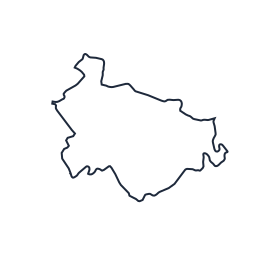 an SVG outline of Idlib, rotated 322°
{"feature_id": "SYR-140", "entity_name": "Idlib", "entity_type": "Province", "adm_level": 1, "iso_a3": "SYR", "parent_name": "Syria", "parent_adm1": "", "projection": "robinson", "projection_center": [36.748, 35.825], "detail": "fine", "context": "isolated", "style": "outline", "palette": "slate", "viewbox_px": 256, "rotation_deg": 322, "n_neighbors": 0, "source": "natural_earth", "source_scale": "10m", "svg_char_len": 3709}
<svg xmlns="http://www.w3.org/2000/svg" viewBox="0 0 256 256"><g transform="rotate(322 128 128)"><path d="M115.6,62.2L125.4,60.4L126.2,59.0L126.1,55.3L125.6,52.9L124.6,50.1L123.2,47.6L125.0,46.7L129.8,45.7L134.3,45.7L135.0,45.5L137.9,43.3L138.8,43.1L139.6,43.2L140.0,43.5L140.3,44.0L140.5,44.5L140.7,45.1L141.0,47.7L141.7,49.1L146.0,53.0L149.7,57.6L150.2,58.7L150.2,59.6L150.1,60.3L149.9,60.9L149.3,61.9L148.6,62.8L145.8,65.5L144.8,66.9L144.4,67.2L143.0,68.0L142.7,68.2L142.4,68.5L141.8,69.3L141.1,70.2L140.4,71.0L135.7,74.7L134.0,77.6L136.9,81.2L137.9,83.2L139.2,84.7L140.4,85.8L141.7,86.6L153.3,91.8L154.7,92.8L155.5,93.6L155.8,94.7L156.0,95.9L156.3,101.2L156.3,102.6L156.4,103.2L156.6,103.8L164.0,114.5L171.1,126.9L172.2,128.5L173.1,129.5L173.7,129.8L174.3,130.0L176.5,130.2L178.2,131.3L181.0,134.0L185.0,136.7L185.7,137.5L186.1,138.2L186.2,138.8L186.3,139.4L186.2,140.1L186.0,140.8L185.5,141.8L185.0,142.4L184.3,143.1L183.5,143.8L183.0,144.1L181.4,144.7L180.6,145.4L179.8,146.6L181.9,152.9L183.1,155.3L184.0,156.6L184.4,157.7L185.0,160.7L185.7,161.8L190.1,167.0L190.8,167.4L192.0,167.8L192.8,168.2L193.6,168.8L195.7,170.8L196.5,171.3L202.3,173.7L199.7,175.1L199.3,175.6L198.8,176.4L197.4,179.9L193.9,185.9L193.1,187.0L192.1,187.6L189.2,188.8L187.4,189.9L186.6,190.7L185.9,191.9L183.2,197.7L182.9,198.8L182.8,199.5L182.8,200.2L183.0,200.7L183.4,201.1L183.8,201.5L184.4,201.7L185.1,201.8L185.7,201.7L186.3,201.6L186.8,201.3L187.2,200.9L187.5,200.4L188.3,198.8L188.7,198.3L189.0,198.0L189.5,197.6L190.0,197.5L190.6,197.6L191.0,197.9L191.4,198.3L191.7,198.8L191.9,199.3L192.0,200.6L192.0,207.6L191.8,208.0L191.3,208.1L190.8,207.9L190.1,207.7L189.5,207.6L188.9,207.7L188.4,207.9L188.0,208.3L187.5,208.6L186.7,209.6L185.6,211.5L185.2,211.9L184.6,212.2L183.8,212.5L183.1,212.7L180.1,212.5L177.0,212.9L175.7,212.9L175.0,212.8L174.4,212.6L173.9,212.2L173.5,211.9L173.2,211.4L173.1,210.8L173.1,208.8L173.0,208.1L172.5,205.8L172.5,205.1L172.5,204.5L172.6,203.8L174.0,201.1L174.1,200.4L174.2,199.7L174.2,199.0L174.1,197.7L174.0,197.1L173.8,196.6L173.6,196.1L173.3,195.6L173.0,195.2L172.5,194.8L171.8,194.7L171.4,194.9L171.0,195.3L169.8,197.4L169.3,198.0L166.3,201.0L163.9,204.7L163.0,205.2L162.1,205.6L161.1,205.7L159.6,205.9L158.8,206.0L158.2,205.7L157.9,205.3L157.6,204.8L157.2,204.4L155.7,203.5L155.3,203.1L154.9,202.8L154.4,201.8L154.1,201.3L153.6,200.3L149.4,196.6L148.9,196.4L148.3,196.2L147.7,196.1L147.0,196.2L130.2,200.7L123.1,200.4L113.8,197.9L112.4,197.7L109.7,197.9L108.3,197.8L107.6,197.6L107.0,197.4L106.6,197.0L106.2,196.6L105.9,196.2L105.7,195.7L105.3,194.6L104.9,193.6L104.5,193.2L104.0,192.8L101.6,191.6L100.7,191.3L100.0,191.4L95.2,193.7L92.2,192.9L91.2,191.9L90.6,189.0L87.5,182.3L87.5,182.2L87.7,181.7L87.9,181.3L88.2,180.6L88.5,179.7L87.3,168.5L87.6,165.5L89.6,156.5L90.5,149.1L90.3,147.0L89.3,146.4L83.2,146.2L81.3,145.6L81.1,145.1L80.9,144.6L80.8,144.0L80.5,143.3L80.1,142.6L79.3,141.6L78.8,141.2L78.3,141.0L77.7,141.0L77.1,141.1L76.6,141.3L76.1,141.6L74.4,142.2L72.6,142.3L71.5,142.2L70.5,141.9L69.9,141.5L69.4,141.0L69.0,140.7L68.4,139.5L71.9,137.2L72.9,135.8L73.1,135.2L73.1,134.5L72.9,133.9L72.4,133.2L71.8,132.8L71.1,132.7L61.7,133.1L60.5,133.4L59.3,133.8L58.6,134.0L57.5,134.0L55.5,133.8L54.5,133.5L53.9,133.0L53.8,132.5L53.7,131.9L53.8,131.2L54.0,130.6L54.2,130.2L54.5,129.2L54.5,128.4L54.9,128.4L56.4,123.4L57.3,111.6L60.4,106.8L64.8,105.2L68.2,106.1L70.4,105.6L71.6,99.7L74.4,98.6L79.8,100.7L82.8,99.7L82.5,95.0L82.9,70.8L83.2,68.3L84.0,67.1L85.1,66.0L85.3,64.5L83.3,62.2L84.9,60.7L86.7,62.7L88.4,63.9L90.3,64.5L94.1,65.0L95.0,65.3L95.7,65.3L96.9,64.7L97.6,63.8L97.7,62.6L98.3,61.5L99.8,61.0L102.4,60.6L112.9,62.2L115.6,62.2Z" fill="none" stroke="#1e293b" stroke-width="2"/></g></svg>